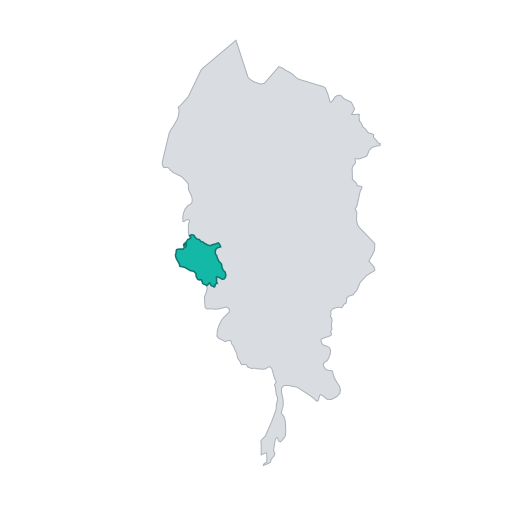 Paktika highlighted on a map of Afghanistan, rotated 118°
{"feature_id": "AFG-1759", "entity_name": "Paktika", "entity_type": "Province", "adm_level": 1, "iso_a3": "AFG", "parent_name": "Afghanistan", "parent_adm1": "", "projection": "albers", "projection_center": [68.71, 32.511], "detail": "fine", "context": "in_parent", "style": "filled", "palette": "teal", "viewbox_px": 512, "rotation_deg": 118, "n_neighbors": 0, "source": "natural_earth", "source_scale": "10m", "svg_char_len": 6529}
<svg xmlns="http://www.w3.org/2000/svg" viewBox="0 0 512 512"><g transform="rotate(118 256 256)"><path d="M230.2,151.6L239.0,150.9L244.9,152.2L248.0,155.3L251.0,156.1L254.0,154.6L255.9,154.4L256.6,155.4L258.1,155.8L260.4,155.6L261.7,156.5L262.0,158.3L263.7,160.7L266.7,163.5L269.4,164.2L273.0,162.1L274.2,162.3L274.8,161.6L275.2,160.0L277.3,158.5L281.3,157.1L283.5,155.9L284.3,154.8L285.6,154.5L287.1,154.8L288.1,154.4L288.9,153.0L290.3,152.5L291.4,152.8L296.9,157.9L299.0,159.4L299.9,159.1L302.6,156.3L303.0,153.8L302.2,150.4L302.7,147.7L304.5,145.7L307.8,144.4L312.5,143.9L315.5,144.1L316.6,145.2L318.0,145.7L319.9,145.8L321.6,144.6L323.1,142.1L323.1,139.0L321.7,135.3L322.1,134.1L324.4,132.2L326.9,129.4L329.3,125.8L331.6,121.4L334.5,118.6L338.0,117.5L342.2,118.6L347.2,121.9L349.2,126.0L348.1,131.0L348.1,133.8L349.1,134.3L354.7,133.2L355.5,133.8L355.5,135.3L354.7,137.4L353.8,143.3L352.5,158.0L355.1,166.6L356.8,170.0L358.6,171.1L360.3,171.4L361.9,171.0L365.3,168.7L370.4,164.4L375.4,161.7L382.8,160.1L385.0,155.5L388.3,152.5L395.9,147.9L400.1,146.0L402.5,145.6L408.4,147.0L408.8,148.3L408.5,149.7L406.8,151.0L406.4,151.9L407.0,152.6L409.4,152.7L419.5,149.2L421.7,146.4L423.9,146.2L428.2,147.1L431.5,146.5L433.3,147.6L437.5,151.2L436.3,151.5L434.4,150.9L433.4,149.6L429.3,151.5L424.9,154.2L425.0,154.8L429.2,158.1L420.9,162.4L417.2,164.8L416.2,164.9L410.4,163.2L394.3,164.5L382.1,166.2L377.5,168.3L373.0,169.5L370.7,170.6L369.3,172.7L362.6,177.4L361.4,179.1L357.7,179.1L353.9,183.6L348.2,189.0L347.1,191.5L348.0,192.8L351.1,194.6L352.5,196.4L354.8,201.4L355.8,205.0L357.2,206.5L358.0,210.8L356.7,213.2L356.7,214.5L358.7,217.7L358.3,218.7L356.9,220.2L354.7,224.4L350.7,227.6L349.0,230.3L346.3,233.4L345.1,236.0L343.9,237.4L342.6,238.2L343.0,239.5L344.1,241.2L346.0,243.1L346.1,250.7L345.1,252.9L340.0,255.1L335.0,256.1L328.9,256.3L326.6,256.0L318.1,253.3L315.4,254.7L314.9,258.1L319.8,263.5L321.9,266.6L324.1,271.7L325.8,274.3L325.3,276.8L316.5,282.3L311.0,282.9L307.5,283.9L305.8,285.3L304.5,291.0L303.3,293.2L303.3,295.7L302.2,298.5L300.4,300.4L299.1,303.4L300.2,318.7L295.1,324.8L292.2,327.0L289.5,328.1L287.2,327.7L284.3,324.2L282.3,322.9L280.3,323.1L278.3,324.4L275.1,323.9L272.3,322.7L270.9,322.8L270.1,324.1L267.1,326.7L259.8,330.6L256.8,330.9L255.5,331.9L256.0,333.5L257.3,334.9L259.6,335.8L259.7,336.9L255.9,338.9L252.1,340.2L247.8,340.7L243.2,339.8L241.0,338.0L238.2,337.8L235.7,339.1L233.1,341.2L229.4,346.5L224.1,349.7L222.7,353.0L220.9,359.0L221.2,367.8L220.5,371.8L219.3,374.3L219.5,376.4L221.2,378.7L220.5,380.2L218.9,381.8L217.5,382.7L188.2,390.4L183.5,390.4L181.0,390.0L172.8,389.7L169.4,390.1L165.9,391.2L163.3,392.5L161.3,394.5L157.9,393.2L147.1,390.6L117.7,391.8L115.0,391.1L74.9,375.0L102.0,346.9L102.8,344.4L103.2,339.5L102.1,332.9L99.8,329.7L78.0,324.7L77.6,319.5L78.1,317.3L78.0,312.9L78.3,309.5L79.7,304.0L79.9,301.5L74.9,276.1L75.1,273.7L79.5,268.3L85.1,263.1L84.9,262.0L82.3,261.2L78.5,260.9L76.5,259.8L75.0,258.2L74.5,255.9L75.9,252.0L75.4,244.1L79.9,237.9L86.2,238.0L83.3,232.9L82.7,232.4L82.5,231.6L82.9,230.8L84.5,230.6L88.5,227.8L88.8,226.1L92.2,221.8L92.1,219.8L94.5,214.6L93.7,211.0L93.6,209.1L96.0,208.0L97.7,203.1L98.6,202.0L98.8,200.8L98.5,198.7L100.5,198.5L102.3,201.2L105.2,204.1L107.1,205.1L109.5,205.6L115.1,205.1L116.2,205.3L121.7,210.4L122.6,211.7L122.9,213.6L123.8,214.2L125.9,212.5L127.9,211.9L131.6,212.7L133.6,212.2L143.1,206.8L144.0,203.1L145.0,201.0L146.4,199.8L145.0,195.4L145.6,194.6L146.9,194.3L149.9,194.4L164.2,190.4L167.9,190.5L168.7,190.2L169.0,188.9L170.0,187.5L176.8,184.3L180.8,181.0L182.2,178.4L189.3,156.9L192.7,155.2L196.1,153.9L207.6,153.9L209.9,147.3L211.0,145.7L213.0,144.3L221.3,149.2L230.2,151.6Z" fill="#d9dde1" stroke="#a8b0b8" stroke-width="1"/><path d="M300.8,318.6L300.7,318.7L299.4,319.6L298.7,320.4L295.9,324.9L295.5,325.3L295.1,325.5L294.8,326.1L293.9,326.9L293.0,327.5L292.3,327.8L291.3,327.8L290.5,328.1L288.8,328.9L287.7,329.1L287.1,328.6L285.8,326.8L285.2,326.0L285.0,325.6L284.9,324.3L284.7,323.9L284.4,323.7L282.9,323.5L281.4,322.6L280.5,322.3L279.9,322.3L279.3,322.5L278.2,323.1L277.6,323.5L277.7,323.8L278.2,324.0L278.8,324.1L280.3,324.0L280.8,324.1L281.1,324.4L280.7,324.8L280.2,325.1L279.7,325.3L278.8,325.1L276.0,324.1L275.0,324.0L273.9,324.1L273.4,324.0L273.0,323.7L272.8,323.2L272.1,322.7L271.5,322.4L270.9,322.1L270.3,322.2L270.0,322.6L269.4,323.9L269.2,324.2L268.1,323.5L267.6,323.1L267.4,322.8L267.3,322.6L267.2,322.3L267.1,322.0L267.0,321.7L267.0,321.1L266.9,320.6L266.9,320.4L267.0,320.3L267.1,320.0L267.8,318.9L268.3,317.8L268.6,316.9L268.7,316.6L268.7,316.3L268.5,315.2L268.1,313.7L268.8,312.1L269.0,311.2L268.9,310.7L268.6,309.4L268.5,309.1L268.6,308.8L268.7,308.6L268.9,308.3L269.0,307.1L268.8,305.9L268.8,305.5L268.9,305.2L269.1,304.6L269.1,304.4L269.1,304.2L269.0,303.8L268.8,302.9L268.3,301.2L268.2,301.0L268.1,300.9L267.5,300.6L267.3,300.5L266.2,299.4L265.5,298.9L265.2,298.6L265.0,297.8L262.6,296.0L262.1,295.4L262.1,295.2L262.2,294.9L263.2,293.0L264.5,291.5L266.7,293.7L267.8,294.4L268.0,294.5L268.6,294.5L270.1,294.4L270.8,294.2L271.5,294.0L271.9,293.8L272.9,293.0L273.6,292.2L273.8,291.9L273.8,291.4L273.9,291.1L274.0,291.0L274.2,290.8L274.5,290.5L276.3,288.8L276.6,288.2L276.8,287.8L277.9,286.7L279.1,283.2L279.3,282.8L279.6,282.4L282.0,280.6L283.6,278.8L283.9,278.3L284.1,277.8L284.3,277.3L284.4,276.8L284.6,275.9L284.9,275.5L286.7,273.9L286.8,273.8L288.7,273.1L289.3,273.0L289.8,273.3L290.1,273.3L290.3,273.3L290.5,273.2L290.8,273.2L291.3,273.5L291.5,273.6L291.9,274.2L292.3,274.8L292.4,275.0L292.4,275.5L292.3,277.0L292.3,277.6L292.5,279.4L292.5,279.6L292.5,280.0L292.6,280.3L292.7,281.0L292.9,281.2L293.0,281.2L293.6,281.0L293.9,280.8L294.6,280.1L295.7,279.5L296.9,278.9L297.8,278.4L298.0,278.2L298.0,277.9L298.0,277.6L298.1,277.4L298.3,277.5L298.5,277.5L298.9,277.9L299.7,278.5L300.2,278.6L300.7,278.5L301.9,278.1L302.3,278.0L302.5,278.1L303.1,278.4L302.8,279.5L302.8,279.9L302.9,280.0L303.0,280.2L303.1,280.5L303.2,281.2L303.2,281.6L303.1,281.8L302.4,282.9L301.6,283.8L301.7,284.6L302.7,284.7L305.1,285.5L304.9,286.1L305.4,289.4L305.2,290.3L304.3,291.0L303.7,291.9L302.8,292.5L302.6,292.9L302.6,293.5L302.7,293.8L302.9,294.0L303.2,294.1L303.4,294.2L303.6,294.4L303.6,294.6L303.7,295.1L304.0,296.2L303.9,296.5L303.6,297.1L302.2,299.2L301.8,299.6L300.7,300.0L300.2,300.3L299.4,301.3L298.9,302.5L298.8,303.8L299.0,305.1L299.7,306.8L299.8,307.5L299.8,308.1L299.6,309.5L299.6,310.8L299.4,312.1L299.4,312.7L299.9,315.7L300.8,318.0L300.8,318.4L300.8,318.6Z" fill="#14b8a6" stroke="#0f766e" stroke-width="1.5"/></g></svg>